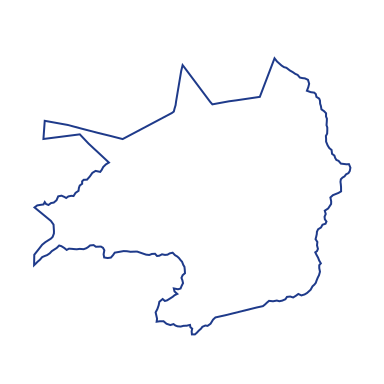 the district of Brejo de Areia, Maranhão, Brazil, rotated 186°
{"feature_id": "56859067B39393639744648", "entity_name": "Brejo de Areia", "entity_type": "district", "adm_level": 2, "iso_a3": "BRA", "parent_name": "Brazil", "parent_adm1": "Maranhão", "projection": "albers", "projection_center": [-45.637, -4.369], "detail": "fine", "context": "isolated", "style": "outline", "palette": "blue", "viewbox_px": 384, "rotation_deg": 186, "n_neighbors": 0, "source": "geoboundaries", "source_scale": "gbopen_adm2", "svg_char_len": 3557}
<svg xmlns="http://www.w3.org/2000/svg" viewBox="0 0 384 384"><g transform="rotate(186 192 192)"><path d="M213.6,59.3L210.4,60.1L206.8,60.5L203.6,58.3L199.6,57.4L196.6,58.7L194.6,57.5L192.3,56.9L189.2,57.0L186.2,58.1L183.5,58.4L180.1,59.6L179.4,57.3L177.5,56.1L177.8,53.5L177.2,50.4L174.2,50.7L172.6,52.4L170.7,54.9L168.7,57.1L167.6,59.0L164.8,60.6L162.5,60.5L159.8,62.9L157.7,67.3L155.6,69.7L145.7,73.0L115.6,83.9L109.5,85.9L107.5,87.9L106.0,89.7L104.0,91.8L100.0,91.8L96.3,92.9L93.7,92.5L90.9,93.4L87.9,95.1L86.6,97.6L83.4,98.3L80.4,97.7L77.9,99.6L75.6,101.7L72.4,100.6L69.3,101.9L67.0,103.6L63.8,107.2L62.3,110.8L60.6,112.7L59.4,114.6L58.8,117.2L57.9,120.2L57.0,122.5L56.4,126.1L57.5,129.6L57.8,132.5L56.4,134.5L58.4,137.2L59.7,139.8L61.8,142.8L63.1,144.9L61.5,146.3L60.8,148.6L62.1,152.0L62.1,155.4L64.2,158.0L63.8,160.6L63.5,163.2L63.6,165.5L62.7,168.1L60.0,170.2L58.8,173.1L55.9,174.4L55.2,176.7L57.0,178.7L57.6,181.2L56.7,184.1L58.0,187.3L54.9,189.8L53.7,192.1L52.4,194.6L52.6,197.2L53.8,201.0L51.5,203.6L46.2,206.4L43.8,208.2L44.3,212.5L44.8,215.1L45.4,217.6L45.3,220.2L43.8,222.1L42.0,223.4L40.6,225.7L38.4,227.1L37.3,229.3L37.0,232.7L38.8,236.1L41.2,235.7L46.9,235.8L49.5,238.3L51.8,239.0L53.2,240.9L54.2,243.1L56.7,244.6L57.6,248.4L60.0,250.0L61.9,252.4L63.9,256.1L64.2,258.9L64.7,261.7L63.7,264.2L63.9,267.4L64.2,270.3L65.2,272.5L65.3,276.0L65.5,279.0L66.6,281.1L66.9,284.3L69.1,286.2L71.9,287.7L72.8,291.0L73.8,293.2L74.3,296.3L75.3,298.2L78.2,299.6L79.1,302.3L80.8,303.6L84.3,303.7L88.3,304.7L87.3,308.4L86.8,311.9L88.4,315.7L91.6,316.8L94.0,316.8L96.7,317.1L99.2,319.5L101.7,320.3L104.2,321.7L107.4,323.1L111.1,325.4L113.6,325.8L116.1,327.1L118.6,328.9L121.1,330.7L123.9,333.6L134.5,293.7L157.9,287.7L164.6,286.1L180.9,281.3L183.3,283.5L212.2,314.7L214.6,317.2L215.4,311.2L217.3,280.3L217.4,276.7L218.1,273.0L218.5,270.1L220.1,268.6L236.0,257.9L266.5,237.4L275.4,238.7L278.7,239.2L291.4,240.9L306.7,243.2L322.7,245.7L329.6,246.2L345.9,247.4L345.3,229.2L309.6,237.6L299.9,229.3L293.8,224.7L290.8,222.5L277.7,212.6L280.5,210.5L282.9,207.6L284.2,204.4L285.4,202.4L290.1,202.9L293.1,200.6L295.2,196.8L297.7,193.3L301.0,192.8L302.4,191.1L302.1,188.7L304.3,186.7L304.9,184.3L305.0,181.3L307.7,179.0L309.4,175.6L311.6,175.6L314.5,174.7L316.5,172.9L318.5,173.8L321.4,174.7L324.6,173.7L325.9,169.6L328.4,167.0L331.0,166.3L333.4,164.1L335.9,164.8L337.4,166.6L338.4,164.1L341.6,163.3L344.5,162.5L347.0,160.2L329.3,148.5L326.3,145.1L325.2,138.7L325.0,136.3L325.9,132.8L327.4,130.9L332.5,126.9L335.5,123.9L337.6,120.5L342.3,113.1L341.4,102.7L339.7,104.7L338.3,106.5L336.2,108.7L334.2,111.6L331.7,113.0L329.5,114.1L327.0,116.2L325.3,118.5L320.7,122.2L318.5,124.9L316.3,124.5L313.2,123.0L310.6,121.3L308.4,122.8L305.5,122.9L303.0,122.9L300.6,123.0L297.7,123.7L293.8,123.8L291.3,125.0L289.5,126.4L287.8,128.2L284.3,128.9L281.9,127.5L276.9,128.2L274.7,127.2L273.1,124.9L273.4,120.8L272.5,117.7L269.0,117.5L265.8,118.3L263.9,121.0L262.5,123.6L258.3,124.8L253.8,126.1L250.4,126.3L246.9,126.1L243.6,126.6L240.3,127.0L231.1,124.9L227.9,124.9L225.4,126.2L222.3,126.7L220.1,124.7L217.9,125.2L215.3,126.9L212.3,126.6L209.8,127.1L207.8,128.6L204.9,129.6L202.3,127.4L199.9,126.3L198.0,124.9L196.3,123.1L194.6,121.6L193.0,118.5L191.7,116.8L191.1,114.1L190.5,110.5L192.6,108.3L193.5,105.5L192.3,103.1L191.4,100.4L192.4,97.8L193.3,94.8L195.7,93.8L200.0,94.2L199.0,91.3L196.0,89.1L198.6,87.5L200.2,85.8L203.2,83.4L205.5,81.6L207.6,80.8L210.0,82.5L213.0,79.4L213.3,75.9L214.2,72.0L215.6,68.5L213.5,62.3L213.6,59.3Z" fill="none" stroke="#1e3a8a" stroke-width="2"/></g></svg>